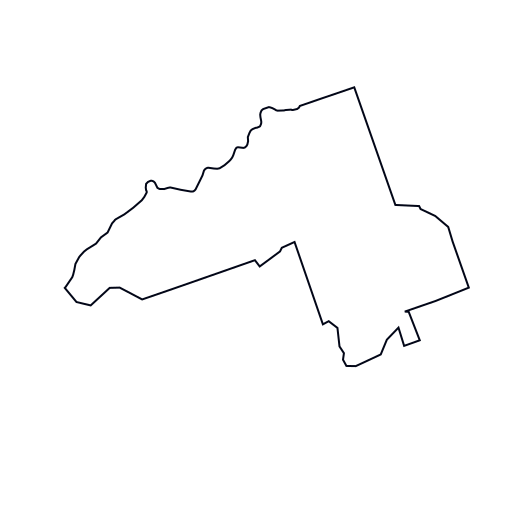 Nez Perce, Idaho, United States of America, rotated 71°
{"feature_id": "52423323B94471153891164", "entity_name": "Nez Perce", "entity_type": "district", "adm_level": 2, "iso_a3": "USA", "parent_name": "United States of America", "parent_adm1": "Idaho", "projection": "natural_earth1", "projection_center": [-116.873, 46.243], "detail": "fine", "context": "isolated", "style": "outline", "palette": "ink", "viewbox_px": 512, "rotation_deg": 71, "n_neighbors": 0, "source": "geoboundaries", "source_scale": "gbopen_adm2", "svg_char_len": 1839}
<svg xmlns="http://www.w3.org/2000/svg" viewBox="0 0 512 512"><g transform="rotate(71 256 256)"><path d="M128.5,108.2L128.4,142.8L128.4,143.8L128.4,147.2L128.4,165.4L128.4,165.7L129.7,167.1L130.4,169.2L130.0,173.3L129.7,174.4L129.0,175.2L127.6,180.6L127.5,182.1L125.6,188.3L124.6,189.7L123.7,190.3L121.5,192.4L120.1,194.2L119.4,195.4L119.4,201.1L119.5,201.7L120.2,203.4L122.1,205.1L123.7,206.0L126.2,206.6L130.4,207.2L131.9,207.7L133.1,208.5L134.6,209.9L134.8,210.5L135.0,213.3L134.7,214.6L134.9,217.7L135.2,219.0L135.8,220.3L137.5,222.1L140.9,225.0L144.9,226.1L147.8,227.9L149.0,229.3L149.8,231.3L149.7,232.7L147.4,237.4L147.2,238.3L147.3,239.3L148.7,241.1L153.1,244.5L154.5,245.8L155.4,246.8L156.8,248.9L157.7,250.7L159.9,256.2L161.2,261.8L160.9,264.2L159.6,267.3L157.0,272.4L156.8,273.4L157.1,275.4L158.2,277.3L162.3,280.3L166.5,284.5L173.4,291.5L174.2,293.0L174.5,294.5L173.9,296.5L168.9,305.6L163.9,313.7L163.2,314.9L162.9,317.2L162.8,321.0L161.2,325.4L159.5,327.0L153.9,327.7L152.8,328.2L152.0,328.7L150.9,330.1L150.6,330.8L150.6,331.8L150.8,334.0L152.0,336.4L155.5,338.0L158.1,338.5L159.2,338.3L160.4,338.7L163.8,342.4L166.1,345.8L170.4,356.4L173.8,367.0L175.5,376.1L176.0,377.7L176.5,378.3L178.3,381.5L185.5,388.7L187.9,396.5L192.2,403.2L194.6,413.7L195.8,417.1L198.4,421.9L199.4,423.5L204.7,429.3L210.0,432.3L214.2,435.0L216.2,436.6L223.3,446.1L223.9,447.2L241.1,440.7L248.9,428.4L238.5,404.7L241.5,395.2L260.0,377.8L260.0,344.5L259.6,258.4L267.1,255.9L259.5,231.8L256.6,228.9L255.3,215.0L342.4,215.0L341.3,208.5L350.5,202.4L368.7,206.5L376.5,204.5L382.4,207.5L389.4,206.3L392.6,197.5L389.7,170.1L377.7,159.5L370.1,144.6L389.2,145.2L389.0,128.6L358.5,129.8L357.0,133.4L357.0,100.9L355.2,65.1L306.3,65.4L291.1,64.8L276.5,73.5L265.2,85.1L261.9,85.5L253.1,107.6L128.5,108.2Z" fill="none" stroke="#020617" stroke-width="2"/></g></svg>